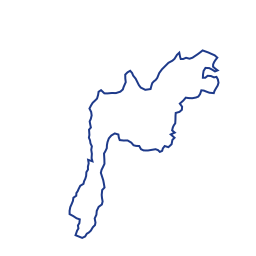 outline of São Vicente, São Paulo, Brazil, rotated 315°
{"feature_id": "56859067B44693730351298", "entity_name": "São Vicente", "entity_type": "district", "adm_level": 2, "iso_a3": "BRA", "parent_name": "Brazil", "parent_adm1": "São Paulo", "projection": "orthographic", "projection_center": [-46.493, -23.955], "detail": "fine", "context": "isolated", "style": "outline", "palette": "blue", "viewbox_px": 256, "rotation_deg": 315, "n_neighbors": 0, "source": "geoboundaries", "source_scale": "gbopen_adm2", "svg_char_len": 2517}
<svg xmlns="http://www.w3.org/2000/svg" viewBox="0 0 256 256"><g transform="rotate(315 128 128)"><path d="M132.8,81.6L130.2,83.5L126.9,85.3L124.1,85.3L120.8,85.2L117.9,85.9L114.5,87.0L113.3,90.6L111.2,93.4L108.1,95.3L105.6,96.2L103.9,98.6L102.1,101.4L99.3,101.6L95.8,105.6L93.5,107.2L92.4,109.9L90.6,112.3L89.5,115.4L86.6,117.4L84.2,120.7L80.9,123.6L79.3,126.4L77.3,122.3L75.2,125.2L72.3,127.0L70.3,129.1L67.3,129.8L64.5,132.3L61.9,133.7L59.3,134.6L57.0,136.0L53.4,135.1L50.0,136.2L47.7,137.1L45.5,137.5L43.5,139.3L40.1,138.7L37.5,140.6L34.2,142.0L31.3,143.1L28.2,145.2L25.8,147.6L27.0,151.5L27.8,155.5L29.3,158.5L26.3,160.9L23.7,161.5L21.9,164.0L19.4,164.6L15.1,166.7L17.9,173.3L21.0,174.4L24.1,173.6L26.3,174.2L29.1,174.3L33.0,173.3L36.0,173.3L38.1,171.9L40.5,168.4L44.3,167.0L47.3,164.5L51.5,163.0L55.4,163.6L58.1,162.0L60.2,159.0L62.1,156.7L65.9,153.6L69.3,153.5L71.8,150.0L73.5,147.5L75.3,144.0L77.1,140.5L79.7,138.9L82.4,138.0L86.0,136.7L88.8,133.8L93.0,129.1L95.6,128.4L98.7,127.3L101.0,125.2L103.5,123.5L107.1,121.8L110.9,121.5L114.8,122.5L116.6,125.8L114.8,128.2L113.6,130.7L116.1,133.8L118.9,136.5L120.0,140.7L119.7,144.1L121.0,146.3L123.2,148.7L122.2,152.2L123.2,154.9L126.2,158.0L132.5,162.5L133.6,164.9L133.6,167.4L136.0,168.3L138.2,167.1L141.2,166.7L143.0,170.1L147.3,170.3L151.0,167.8L154.0,167.8L153.7,162.8L157.8,164.3L157.5,160.9L160.1,159.3L162.3,158.5L164.7,158.1L167.5,155.6L170.2,153.0L172.4,151.1L175.8,153.0L179.0,153.2L181.3,151.2L181.9,147.4L186.5,147.7L190.3,147.4L192.1,149.8L194.5,152.4L197.6,154.5L199.9,155.5L202.9,155.0L206.5,153.2L208.1,155.2L209.1,157.6L210.5,160.6L213.3,164.0L215.5,162.9L218.5,162.1L221.4,161.4L224.0,160.0L225.9,157.2L226.7,154.4L224.6,153.0L223.4,149.9L221.2,147.4L218.2,147.1L216.5,145.4L218.9,143.2L221.8,141.1L225.3,140.3L227.8,143.1L228.8,146.3L229.5,149.5L232.1,150.6L231.7,147.9L231.5,144.8L233.2,143.2L235.5,142.3L237.8,141.8L240.9,141.4L240.7,137.9L239.2,134.1L238.2,131.4L235.6,125.9L232.8,125.6L229.4,125.1L226.9,124.6L223.3,123.9L220.5,122.5L218.7,119.4L215.8,118.2L214.1,116.5L215.2,114.4L217.5,111.0L214.4,110.9L209.7,112.0L207.0,111.8L202.7,110.5L198.9,110.5L193.6,110.5L189.0,111.2L184.0,113.3L181.5,113.6L179.2,113.3L176.9,113.4L174.6,114.6L171.5,116.4L167.2,113.2L165.6,108.4L166.0,105.4L168.3,98.5L168.7,94.6L169.8,92.0L170.0,89.1L167.0,88.3L163.8,88.3L161.1,91.1L158.8,94.0L156.2,95.0L153.7,96.0L151.6,97.1L148.3,96.9L144.2,94.8L141.2,91.7L137.9,89.0L135.8,86.8L135.7,82.2L132.8,81.6Z" fill="none" stroke="#1e3a8a" stroke-width="2"/></g></svg>